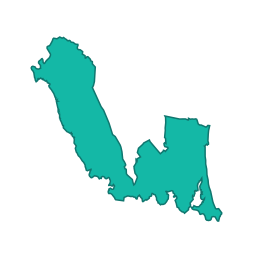 outline of Western Area Urban, Western, Sierra Leone, rotated 187°
{"feature_id": "65957751B7442620669158", "entity_name": "Western Area Urban", "entity_type": "district", "adm_level": 2, "iso_a3": "SLE", "parent_name": "Sierra Leone", "parent_adm1": "Western", "projection": "equal_earth", "projection_center": [-13.216, 8.449], "detail": "fine", "context": "isolated", "style": "filled", "palette": "teal", "viewbox_px": 256, "rotation_deg": 187, "n_neighbors": 0, "source": "geoboundaries", "source_scale": "gbopen_adm2", "svg_char_len": 5654}
<svg xmlns="http://www.w3.org/2000/svg" viewBox="0 0 256 256"><g transform="rotate(187 128 128)"><path d="M222.3,177.4L222.0,176.7L224.1,175.5L226.0,175.7L227.0,176.3L227.7,177.3L230.0,177.7L231.0,177.1L231.4,175.8L230.6,174.1L229.6,173.4L228.2,171.4L226.8,166.4L226.3,166.1L225.9,164.3L224.8,162.7L223.6,163.9L223.4,165.5L222.9,165.1L222.3,165.6L222.4,166.1L221.8,166.0L220.7,167.0L220.4,166.5L219.0,166.0L218.8,166.1L219.0,166.5L218.6,166.6L218.5,165.8L218.0,165.9L217.8,165.5L217.5,165.6L215.7,164.5L214.7,164.6L214.5,164.9L213.5,163.1L212.9,163.3L212.6,162.8L211.1,162.5L210.8,161.8L211.0,161.1L211.7,160.7L211.4,159.3L210.3,158.3L210.0,157.7L209.0,157.0L205.8,153.1L203.9,149.4L203.4,149.4L203.3,148.0L202.8,147.2L202.5,146.9L202.1,147.2L202.4,146.3L201.1,146.0L202.1,145.6L202.2,145.3L200.1,139.4L199.0,137.9L199.2,137.6L199.0,137.2L199.6,137.6L199.3,135.4L198.4,134.3L198.3,133.7L197.6,133.5L197.1,129.6L196.5,129.5L196.1,129.9L196.4,129.0L196.4,128.1L194.8,125.7L193.2,122.6L192.8,122.2L192.4,122.4L192.2,120.3L188.1,116.9L186.2,116.4L185.6,115.9L184.7,115.8L183.8,116.4L183.8,115.3L183.3,115.3L183.3,114.9L182.8,115.2L182.8,114.3L182.1,113.0L180.5,111.9L180.3,112.3L180.0,112.2L180.4,111.2L179.9,110.2L179.7,106.5L177.2,103.9L177.8,101.4L176.4,97.8L175.5,97.0L174.0,94.5L172.1,93.1L169.4,89.8L167.8,88.5L166.1,86.1L165.7,84.3L164.7,82.4L164.4,81.2L163.2,80.6L159.7,82.5L159.6,82.1L160.5,79.7L160.4,78.7L160.9,77.5L160.8,76.5L160.3,75.6L158.8,74.3L157.9,74.2L155.2,76.6L153.9,76.3L153.2,76.4L151.8,75.8L150.3,74.0L148.9,74.9L148.4,74.8L148.4,76.1L147.1,76.9L145.3,76.4L144.8,75.5L143.7,75.0L143.0,75.1L141.4,76.5L140.6,76.3L139.0,73.3L139.2,70.9L140.1,69.1L140.1,68.7L138.1,69.1L137.6,68.6L136.5,68.5L135.6,70.2L134.3,68.8L134.7,68.4L134.7,66.8L135.0,65.6L136.3,65.2L138.2,66.1L139.6,64.9L139.1,64.0L139.8,63.3L139.9,62.3L139.5,61.1L139.0,60.6L137.4,60.9L136.0,60.3L132.7,57.0L132.3,56.1L131.5,55.3L123.5,55.2L123.4,58.6L119.9,60.6L116.9,60.3L114.8,60.7L114.1,60.2L112.5,60.2L111.4,58.8L110.7,58.6L110.2,58.9L110.6,59.6L109.3,62.0L108.8,62.4L108.3,62.0L108.2,62.4L106.6,60.4L105.5,59.7L104.7,57.0L104.2,56.7L101.4,59.2L100.6,58.7L98.6,60.6L98.3,61.1L98.5,61.7L98.3,62.4L96.5,63.3L96.3,63.8L96.4,65.0L96.1,66.0L95.1,65.8L94.5,65.2L93.0,65.1L91.2,62.2L90.9,60.2L89.4,58.5L89.1,57.4L88.6,56.8L89.0,57.8L86.4,55.7L85.5,56.3L83.9,56.4L82.2,57.3L80.7,59.7L80.1,61.5L79.5,62.3L79.4,63.1L79.6,65.2L79.5,65.7L79.7,66.6L80.0,67.0L81.1,67.1L81.4,68.5L82.6,69.6L82.5,69.8L80.3,69.6L77.1,71.1L75.9,70.9L75.4,69.9L75.4,69.1L73.8,68.3L73.6,67.1L73.9,65.9L74.3,65.8L74.4,65.3L74.0,65.0L72.9,65.5L72.6,66.6L71.8,66.4L71.0,65.1L71.0,63.9L72.4,61.9L71.1,59.5L69.6,55.4L68.1,55.0L66.9,53.2L66.0,52.5L64.0,51.3L62.6,51.3L61.5,50.3L58.0,54.2L58.1,55.9L57.1,57.4L56.6,57.4L56.8,57.6L56.5,58.2L56.6,59.5L56.9,59.7L57.2,61.2L54.6,65.1L55.2,66.5L55.1,67.2L55.6,67.3L55.6,68.3L55.2,67.8L54.1,68.6L54.1,70.2L53.6,70.9L53.7,71.6L54.0,71.7L53.8,71.7L53.9,72.7L54.2,73.0L54.0,73.8L53.5,74.1L53.3,73.8L52.2,73.8L51.9,74.4L51.0,74.5L51.0,75.3L52.1,79.4L52.1,79.9L51.8,80.2L52.0,81.2L50.9,83.0L50.8,84.1L49.6,84.5L49.4,85.7L48.7,87.2L48.0,83.7L49.6,78.9L48.8,75.4L47.9,75.6L47.6,73.2L46.7,73.4L46.9,72.9L46.5,72.5L47.4,71.9L47.4,71.4L46.8,71.1L47.7,70.8L47.6,69.1L47.1,67.1L46.3,66.3L45.0,65.9L44.1,66.4L43.5,67.3L43.5,66.5L44.4,64.5L44.5,63.6L45.1,63.8L45.4,63.3L45.7,61.4L46.3,61.1L48.0,58.5L50.4,58.1L53.1,58.9L53.1,58.2L54.4,56.9L55.3,57.1L54.5,55.6L53.2,55.0L49.8,54.9L48.3,54.4L47.0,53.0L46.2,51.3L45.6,51.1L43.8,52.0L42.3,51.8L40.8,49.9L39.6,46.8L38.6,46.1L36.6,46.0L34.9,46.7L34.4,47.5L34.1,49.5L33.8,50.0L32.7,50.5L30.7,50.4L28.2,47.0L27.7,46.6L26.7,46.7L26.2,50.9L25.8,51.4L25.3,53.4L24.6,54.0L24.6,55.2L28.2,59.0L30.5,58.4L31.4,58.9L33.9,63.3L34.9,65.4L38.3,75.3L40.2,79.0L41.3,82.0L42.2,86.2L43.9,91.1L44.9,96.8L46.5,101.7L47.0,105.6L48.0,109.3L49.1,118.2L49.9,119.3L49.2,119.5L48.8,120.6L48.4,120.8L47.9,121.5L47.2,120.8L46.8,121.4L46.2,121.6L46.3,123.0L47.1,124.8L47.6,131.5L47.7,135.3L47.2,140.3L49.0,140.3L50.1,138.8L50.8,138.4L55.8,139.9L57.3,139.7L58.8,140.6L60.4,144.2L61.0,145.1L61.9,145.3L63.6,144.8L65.6,144.8L66.9,144.3L69.1,145.0L69.0,143.4L69.6,143.3L72.1,144.0L78.0,143.2L92.8,144.4L92.0,143.1L91.2,137.9L91.1,132.5L90.7,130.3L90.5,123.0L89.5,122.3L88.5,117.3L89.7,117.9L90.4,117.0L90.0,115.4L89.2,114.0L86.1,113.6L85.8,112.6L88.1,109.3L89.0,110.0L90.1,110.2L90.3,109.1L92.8,106.4L104.5,117.2L105.3,118.7L110.5,115.1L111.4,113.5L115.1,109.2L115.7,104.8L112.1,100.8L115.5,98.3L114.9,96.7L115.0,96.0L116.1,97.2L115.7,95.0L116.1,93.2L117.4,90.6L117.2,90.4L117.1,89.1L115.5,84.0L113.5,81.9L112.7,80.1L114.4,73.3L115.3,72.2L116.5,74.7L117.4,77.4L122.9,81.2L124.0,82.4L124.7,86.6L125.2,87.1L126.0,87.1L126.8,88.9L126.9,89.3L125.9,90.4L125.9,91.5L127.4,93.9L129.5,96.5L131.1,103.6L132.7,108.1L133.7,110.1L139.6,117.9L142.5,119.6L147.4,130.4L154.4,142.7L157.4,146.0L168.3,163.8L167.5,165.8L167.0,170.0L167.9,184.5L171.1,187.2L171.5,189.6L173.3,190.2L173.5,191.2L173.9,191.8L176.4,193.8L177.3,193.8L178.4,192.3L178.9,192.2L179.5,194.6L182.3,195.7L182.3,198.3L184.9,199.8L186.9,199.8L187.7,200.4L188.1,201.2L188.1,202.3L187.7,204.2L188.0,204.9L190.3,204.8L192.9,206.3L194.8,206.2L196.2,207.6L197.1,207.8L197.9,207.2L198.9,207.4L199.7,208.3L200.9,208.7L203.0,210.0L204.3,209.1L206.8,210.0L209.4,207.9L212.7,208.1L213.3,207.4L213.8,205.0L215.3,201.2L216.0,200.1L217.6,199.3L218.2,198.6L218.0,197.1L214.1,192.1L213.8,191.1L214.1,189.5L214.6,188.2L217.3,184.8L218.7,182.0L219.2,181.8L220.2,182.7L220.9,185.5L221.7,186.4L222.3,186.1L222.7,185.3L224.5,183.5L224.8,182.8L224.7,181.7L222.4,179.3L222.3,177.4Z" fill="#14b8a6" stroke="#0f766e" stroke-width="1.5"/></g></svg>